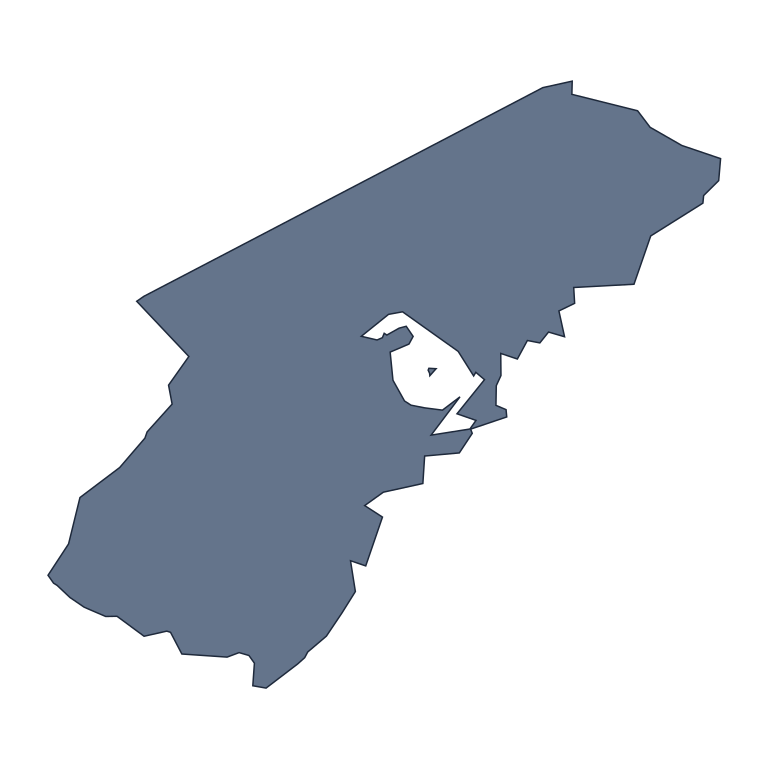 the district of Prince William, Virginia, United States of America, rotated 91°
{"feature_id": "52423323B11755625114877", "entity_name": "Prince William", "entity_type": "district", "adm_level": 2, "iso_a3": "USA", "parent_name": "United States of America", "parent_adm1": "Virginia", "projection": "robinson", "projection_center": [-77.449, 38.722], "detail": "fine", "context": "isolated", "style": "filled", "palette": "slate", "viewbox_px": 768, "rotation_deg": 91, "n_neighbors": 0, "source": "geoboundaries", "source_scale": "gbopen_adm2", "svg_char_len": 1472}
<svg xmlns="http://www.w3.org/2000/svg" viewBox="0 0 768 768"><g transform="rotate(91 384 384)"><path d="M305.6,632.7L359.9,579.6L388.9,599.4L407.8,595.5L436.0,620.0L442.3,622.1L472.1,646.8L502.8,686.0L549.4,696.6L581.1,716.6L588.9,710.9L591.0,707.4L603.0,694.2L612.4,679.9L615.5,672.4L621.3,658.2L620.9,646.9L640.4,619.5L634.9,596.9L636.0,593.1L657.5,581.4L659.8,536.1L655.1,524.2L657.8,514.3L665.4,508.7L688.0,509.9L690.1,496.6L665.3,465.3L659.0,458.5L653.3,455.6L637.1,437.2L613.6,422.0L592.0,409.0L561.3,414.4L566.2,399.1L517.1,383.2L505.9,401.2L492.2,382.8L482.8,343.4L455.3,342.1L451.6,307.5L431.8,294.9L427.6,296.6L414.8,260.7L407.5,261.5L403.4,271.7L383.7,271.7L373.5,267.2L351.4,267.8L356.7,251.1L338.0,241.4L340.2,228.9L329.2,220.4L333.6,204.3L307.9,210.4L300.0,194.8L284.2,196.0L279.9,135.8L231.3,119.9L197.6,68.3L190.0,67.7L174.8,52.9L152.8,51.4L140.3,90.4L122.7,122.4L106.4,135.2L91.1,201.2L77.9,201.1L84.9,230.4L122.0,298.4L122.2,298.6L134.6,321.2L189.8,422.5L246.1,525.7L300.5,625.6L305.6,632.7ZM395.5,307.8L409.1,325.1L407.1,343.2L404.7,356.6L400.6,363.2L380.1,375.1L352.0,378.4L343.6,359.7L335.9,355.7L325.9,362.8L327.9,369.9L335.0,382.0L333.3,384.7L337.7,386.4L340.1,391.7L336.7,407.5L314.3,380.7L311.5,366.7L350.1,310.4L374.4,294.5L370.7,292.4L377.9,283.6L412.5,310.5L418.8,291.4L427.5,297.3L434.3,336.0L395.5,307.8ZM367.5,339.4L369.4,340.1L372.5,338.6L374.9,338.3L367.8,332.2L367.5,339.4Z" fill="#64748b" stroke="#1e293b" stroke-width="1.5"/></g></svg>